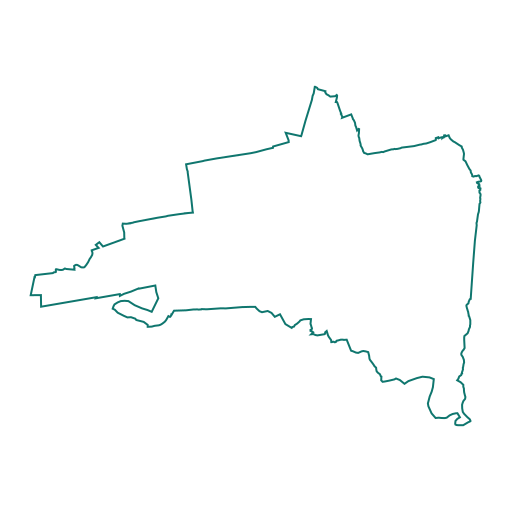 the district of Sagna, Neamt, Romania
{"feature_id": "2599482B81095036257311", "entity_name": "Sagna", "entity_type": "district", "adm_level": 2, "iso_a3": "ROU", "parent_name": "Romania", "parent_adm1": "Neamt", "projection": "equal_earth", "projection_center": [27.059, 46.971], "detail": "fine", "context": "isolated", "style": "outline", "palette": "teal", "viewbox_px": 512, "rotation_deg": 0, "n_neighbors": 0, "source": "geoboundaries", "source_scale": "gbopen_adm2", "svg_char_len": 6038}
<svg xmlns="http://www.w3.org/2000/svg" viewBox="0 0 512 512"><path d="M470.5,421.0L470.0,419.7L469.6,419.1L467.3,417.1L464.0,413.7L462.8,411.9L462.2,408.4L462.1,405.4L462.1,404.7L462.7,402.7L463.4,401.0L465.1,398.9L465.4,397.0L464.9,395.3L464.2,392.5L464.0,390.9L463.9,388.5L463.3,386.8L463.3,384.8L460.6,382.2L457.2,380.3L458.5,378.6L458.8,377.4L459.3,376.4L461.2,375.1L461.5,373.8L462.1,373.5L461.9,372.7L462.1,371.9L462.3,371.5L463.0,369.2L462.8,367.9L463.1,367.1L463.6,364.0L464.1,362.6L463.9,359.9L462.7,356.8L461.5,355.1L461.3,354.5L461.3,353.5L461.8,352.2L462.9,350.4L463.6,349.8L464.2,348.7L464.5,348.3L464.6,347.9L464.2,340.0L464.2,337.4L464.4,336.0L467.6,333.3L468.6,330.8L468.9,329.3L470.0,326.9L470.0,325.5L470.3,324.2L470.3,320.1L469.1,316.2L468.7,315.9L468.6,314.3L468.4,313.6L468.1,311.7L467.7,310.7L467.4,309.5L467.0,308.4L466.5,306.4L466.4,305.5L466.7,304.8L468.4,303.4L468.8,301.4L469.2,300.7L469.7,299.4L470.1,299.0L470.7,298.9L473.2,262.8L474.9,240.7L476.7,225.3L476.5,223.0L477.0,221.5L478.0,214.3L478.7,212.1L478.9,211.0L479.5,204.2L479.6,203.7L480.2,202.9L480.4,202.4L480.1,201.0L480.4,198.9L480.1,198.0L480.6,194.8L480.3,193.6L479.5,192.7L479.4,190.7L480.3,189.9L480.2,189.6L480.2,189.3L480.5,188.7L480.4,188.3L478.8,188.2L478.4,187.9L478.1,187.2L478.1,186.7L478.4,186.2L479.5,186.2L479.5,185.7L479.4,185.1L479.2,184.9L479.3,184.8L479.3,184.3L478.9,183.9L477.2,183.1L476.9,182.3L478.4,181.7L479.7,181.6L481.1,181.2L481.3,180.7L481.1,179.9L479.5,176.8L479.3,176.0L478.7,175.4L476.1,176.2L475.1,176.0L473.5,176.6L472.3,176.2L472.3,175.5L471.8,174.0L470.9,172.5L470.6,170.5L469.4,169.0L467.3,165.1L465.5,161.3L463.5,159.8L463.4,159.2L464.0,153.9L463.8,152.8L463.0,149.8L461.8,147.6L461.7,146.5L459.4,145.2L454.7,142.1L453.4,141.5L452.2,140.5L450.8,139.3L449.7,137.9L448.6,135.3L445.7,136.3L445.3,135.3L444.2,135.3L444.0,136.1L444.0,137.2L443.8,137.4L443.5,137.1L442.7,137.2L442.7,137.6L442.3,138.0L442.3,137.7L442.0,137.2L439.0,138.0L438.4,138.4L438.2,138.3L438.1,138.1L438.1,137.3L435.8,138.1L435.9,139.4L435.7,140.1L430.2,142.2L426.2,143.5L423.6,143.8L421.2,144.5L420.0,144.6L414.0,146.1L401.7,147.6L400.5,148.2L397.4,148.9L395.3,149.1L394.5,148.9L393.3,149.3L391.4,149.4L384.5,151.5L383.3,152.1L381.6,151.9L379.8,152.4L374.6,153.1L367.6,154.3L365.5,153.3L364.2,153.0L363.1,151.2L363.0,150.5L362.3,148.5L360.6,145.5L360.7,144.9L360.4,143.4L359.6,140.9L359.2,137.9L358.8,137.1L358.6,136.3L358.5,135.3L358.9,133.2L359.1,129.1L358.6,128.9L357.1,130.5L356.0,126.8L355.4,125.6L355.0,122.8L353.9,120.3L352.9,119.0L352.8,118.4L351.2,114.4L342.1,117.8L342.3,117.2L342.3,116.5L341.7,115.7L341.3,114.5L340.8,113.9L340.9,113.6L341.2,113.5L340.1,110.8L337.4,102.8L336.9,102.0L335.8,102.0L336.9,97.6L337.1,95.5L336.7,95.0L335.2,96.2L330.4,96.6L329.8,96.3L328.7,95.4L326.6,94.3L326.2,93.9L326.1,93.5L325.4,92.7L325.2,92.1L325.4,91.2L317.9,89.2L317.2,87.9L315.2,86.8L314.8,86.8L313.7,93.4L312.6,95.9L311.9,99.9L305.5,120.7L301.4,135.4L301.1,136.2L285.7,132.8L288.6,140.3L288.7,142.1L273.1,146.5L272.9,147.9L272.1,148.0L266.4,149.3L256.1,152.1L250.7,153.2L216.8,158.4L204.5,160.6L202.8,161.1L186.1,164.3L186.9,169.2L187.7,171.5L187.7,172.5L191.4,199.9L192.6,211.1L192.9,212.6L185.9,213.2L186.0,213.3L178.8,214.2L167.9,215.8L165.9,216.4L157.7,217.7L139.6,221.1L133.8,222.3L132.9,222.7L129.7,223.2L129.8,223.4L126.2,223.8L122.8,223.6L122.4,225.7L124.2,232.5L124.3,237.7L124.5,238.7L103.0,246.5L99.3,242.2L95.8,244.9L98.6,247.9L91.7,250.3L91.8,251.0L92.2,251.8L92.5,253.1L92.2,254.9L90.8,257.4L89.7,258.9L88.1,262.2L86.3,264.9L84.6,267.0L83.9,267.4L81.8,267.4L81.0,267.2L78.4,265.5L77.1,264.9L75.9,264.9L75.0,265.3L74.1,266.0L74.5,268.6L74.2,268.8L74.4,269.7L66.3,269.0L64.9,268.5L62.8,269.8L61.2,270.0L59.3,269.9L57.3,269.4L56.2,269.2L55.9,269.3L55.8,269.6L55.9,271.9L55.7,272.1L53.7,272.4L52.9,273.1L35.3,275.1L34.9,277.2L34.5,277.1L30.7,295.2L40.9,295.1L41.1,306.7L96.3,297.2L95.8,298.3L119.8,294.1L119.9,295.9L124.1,293.8L131.0,291.6L138.7,288.4L138.9,288.7L155.3,285.5L156.3,292.1L158.3,298.3L151.7,311.8L147.4,310.0L142.1,308.4L134.7,305.2L128.4,301.1L124.6,300.8L120.8,301.1L117.7,302.4L114.5,304.4L113.5,306.3L112.7,308.7L114.8,309.7L117.7,312.7L123.8,315.8L127.4,317.4L131.0,317.2L135.3,318.7L136.3,320.0L143.7,321.9L147.7,324.9L147.7,326.8L151.8,326.6L154.7,325.8L158.9,325.3L160.6,324.7L162.4,323.6L164.7,321.8L165.9,320.4L166.4,319.6L168.4,316.1L170.0,316.9L170.4,316.6L171.0,315.7L171.3,314.6L171.6,314.8L174.0,310.7L186.1,310.3L193.2,309.5L197.4,309.4L198.6,309.6L201.2,309.4L201.3,309.2L201.6,309.1L206.7,309.3L221.0,308.3L225.8,308.4L242.0,307.1L249.3,306.9L255.3,306.9L256.6,308.5L259.5,311.2L262.0,312.2L267.7,311.0L271.5,312.9L274.8,316.8L280.0,314.3L285.4,324.1L291.7,327.9L292.3,327.0L294.0,326.6L294.8,325.1L297.0,323.7L299.5,321.5L300.3,320.4L303.7,319.3L308.5,319.0L311.0,319.1L310.5,323.9L310.9,324.9L311.7,327.8L311.9,328.0L312.0,328.3L311.6,329.5L310.5,329.9L310.5,330.9L312.4,331.7L313.2,332.3L311.2,334.3L313.1,334.1L313.8,334.3L315.4,335.0L317.4,335.4L324.5,334.2L325.1,333.7L325.1,333.2L325.2,332.3L326.7,331.0L328.0,335.3L328.7,336.7L331.0,339.9L331.2,340.4L331.3,342.1L331.9,342.1L333.5,341.7L334.9,342.3L336.2,341.7L336.3,341.1L336.6,340.8L337.2,340.5L337.9,340.5L340.7,339.7L343.1,339.7L343.8,339.9L346.7,339.7L350.8,350.0L351.2,350.8L352.5,351.1L356.0,352.6L358.2,352.9L361.5,351.4L363.3,351.0L365.7,351.4L368.2,352.1L369.1,355.6L369.5,358.8L370.0,359.9L372.6,363.3L374.2,365.6L374.3,366.0L376.1,367.7L376.3,369.7L376.7,371.4L378.0,372.8L379.9,374.2L380.8,376.3L381.4,376.6L381.2,380.3L382.6,381.8L384.8,381.5L388.9,380.7L394.4,379.4L396.0,378.5L399.8,380.0L404.5,383.8L408.4,381.1L416.9,378.1L422.5,376.7L429.5,377.4L433.8,379.1L432.9,387.2L431.7,391.6L429.7,396.5L427.9,403.4L428.4,406.3L431.6,413.4L435.6,418.0L438.7,417.7L441.5,418.0L444.8,418.1L446.7,417.7L449.6,415.4L452.6,414.0L455.8,413.3L457.4,413.2L459.9,417.3L457.4,418.8L455.5,420.9L455.2,423.4L455.4,424.5L456.4,425.0L458.0,425.2L463.2,425.2L468.1,422.3L470.1,421.4L470.5,421.0Z" fill="none" stroke="#0f766e" stroke-width="2"/></svg>